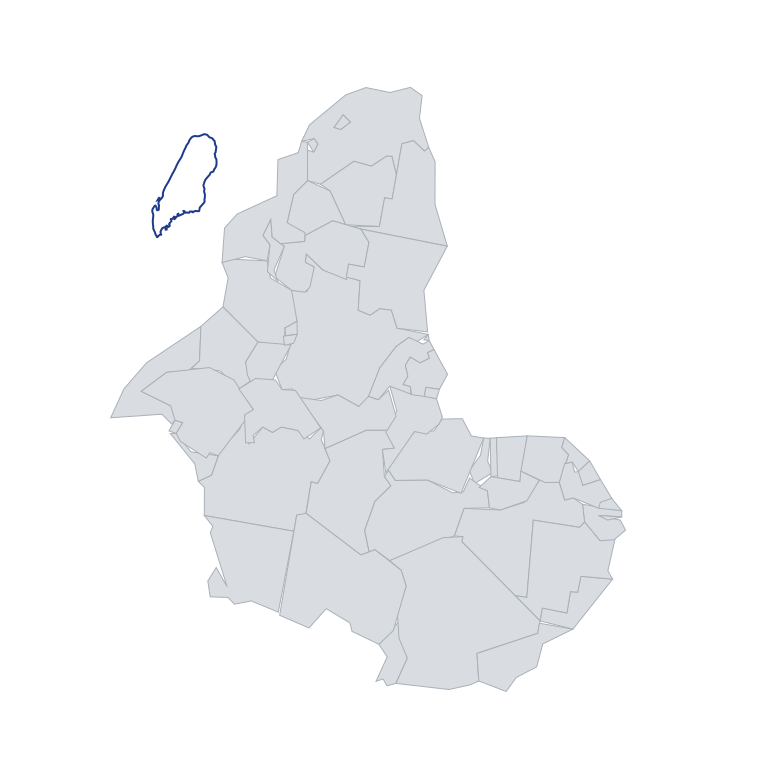 location of Madagascar within Africa, rotated 190°
{"feature_id": "MDG", "entity_name": "Madagascar", "entity_type": "country or territory", "adm_level": 0, "iso_a3": "MDG", "parent_name": "Africa", "parent_adm1": "", "projection": "mercator", "projection_center": [46.989, -18.825], "detail": "fine", "context": "in_parent", "style": "outline", "palette": "blue", "viewbox_px": 768, "rotation_deg": 190, "n_neighbors": 49, "source": "natural_earth", "source_scale": "50m", "svg_char_len": 13402}
<svg xmlns="http://www.w3.org/2000/svg" viewBox="0 0 768 768"><g transform="rotate(190 384 384)"><path d="M515.4,403.4L556.0,432.0L555.9,461.3L564.6,475.6L558.5,480.1L520.5,485.0L514.2,468.6L491.2,460.2L482.6,446.2L480.5,430.6L491.3,421.9L488.8,404.8L515.4,403.4Z" fill="#d9dde1" stroke="#a8b0b8" stroke-width="1"/><path d="M189.2,177.8L189.2,190.8L164.1,190.3L164.3,211.9L157.1,212.6L156.7,228.8L125.0,231.5L155.4,175.4L189.2,177.8Z" fill="#d9dde1" stroke="#a8b0b8" stroke-width="1"/><path d="M480.5,430.6L491.2,460.2L475.9,461.7L473.1,487.1L482.6,490.1L483.2,498.6L463.8,485.6L425.5,481.6L422.2,452.1L409.6,449.4L401.4,457.5L389.6,458.1L380.8,441.2L349.1,440.5L359.9,430.6L367.5,434.2L378.4,423.2L390.9,399.4L397.8,363.9L404.9,357.5L427.4,365.2L452.2,355.8L465.4,356.0L473.5,363.2L483.4,360.8L494.5,379.2L484.6,391.5L480.5,430.6Z" fill="#d9dde1" stroke="#a8b0b8" stroke-width="1"/><path d="M574.3,409.0L569.7,374.8L578.5,363.6L600.2,357.7L621.8,334.6L590.3,325.5L581.7,314.7L586.2,307.7L597.5,315.7L647.3,303.3L639.3,334.0L621.4,363.8L574.3,409.0Z" fill="#d9dde1" stroke="#a8b0b8" stroke-width="1"/><path d="M556.0,432.0L515.4,403.4L524.1,381.5L516.2,363.5L526.1,353.9L547.8,368.5L576.4,366.1L569.7,374.8L574.3,409.0L556.0,432.0Z" fill="#d9dde1" stroke="#a8b0b8" stroke-width="1"/><path d="M443.9,332.9L438.1,329.5L435.4,327.2L436.2,318.4L423.8,298.9L432.1,274.5L438.7,275.0L438.4,239.7L447.2,239.7L447.2,223.3L538.1,223.3L542.9,250.9L550.0,255.9L538.0,264.3L533.6,291.2L518.2,314.2L516.0,329.3L506.6,301.6L495.9,320.6L485.5,316.9L477.6,323.8L460.7,323.3L447.8,317.0L438.7,329.8L443.9,332.9Z" fill="#d9dde1" stroke="#a8b0b8" stroke-width="1"/><path d="M438.3,243.1L438.7,275.0L432.1,274.5L423.8,298.9L430.9,310.2L393.4,335.5L372.8,339.1L362.6,322.6L374.2,319.3L367.6,293.1L359.5,284.9L372.5,266.9L377.6,236.5L369.5,216.1L377.2,211.6L438.3,243.1Z" fill="#d9dde1" stroke="#a8b0b8" stroke-width="1"/><path d="M381.0,624.7L384.6,620.4L397.2,628.8L408.1,623.7L408.1,592.0L415.8,609.6L421.2,608.7L434.3,596.3L452.3,598.1L481.2,569.7L494.7,571.0L500.3,588.7L499.6,601.1L493.5,600.2L490.8,608.8L495.4,613.5L507.2,608.8L502.4,626.2L471.9,662.1L453.2,672.8L428.7,672.1L409.5,680.7L396.5,674.6L395.3,652.0L381.0,624.7ZM477.7,628.0L470.8,627.1L462.6,636.1L471.0,642.0L477.7,628.0Z" fill="#d9dde1" stroke="#a8b0b8" stroke-width="1"/><path d="M477.7,628.0L471.0,642.0L462.6,636.1L470.8,627.1L477.7,628.0Z" fill="#d9dde1" stroke="#a8b0b8" stroke-width="1"/><path d="M494.7,571.0L470.4,564.7L449.3,534.2L462.9,535.8L487.6,516.4L507.4,526.0L505.9,555.0L494.7,571.0Z" fill="#d9dde1" stroke="#a8b0b8" stroke-width="1"/><path d="M481.2,569.7L452.3,598.1L434.3,596.3L421.2,608.7L415.8,609.6L408.1,592.0L408.1,567.7L415.7,567.4L415.9,538.3L449.3,534.2L470.4,564.7L481.2,569.7Z" fill="#d9dde1" stroke="#a8b0b8" stroke-width="1"/><path d="M408.1,567.7L408.1,623.7L397.2,628.8L384.6,620.4L381.0,624.7L372.3,611.8L365.0,569.8L345.6,530.7L447.8,532.9L415.9,538.3L415.7,567.4L408.1,567.7Z" fill="#d9dde1" stroke="#a8b0b8" stroke-width="1"/><path d="M127.7,291.0L120.7,282.0L132.3,268.3L144.1,267.1L162.5,282.9L167.6,300.0L128.0,300.5L126.7,294.5L149.7,291.7L127.7,291.0Z" fill="#d9dde1" stroke="#a8b0b8" stroke-width="1"/><path d="M167.6,300.0L162.5,282.9L166.4,276.8L213.3,275.9L206.3,198.6L218.0,198.4L279.9,242.2L279.9,247.4L288.4,246.6L283.6,275.4L247.6,280.1L225.1,291.9L214.4,316.2L194.2,317.5L185.8,301.1L177.9,304.7L167.6,300.0Z" fill="#d9dde1" stroke="#a8b0b8" stroke-width="1"/><path d="M125.0,231.5L156.7,228.8L157.1,212.6L164.3,211.9L164.1,190.3L189.2,190.8L189.2,177.8L218.0,198.4L206.3,198.6L213.3,275.9L166.4,276.8L162.5,282.9L144.1,267.1L129.6,270.8L131.1,238.9L125.0,231.5Z" fill="#d9dde1" stroke="#a8b0b8" stroke-width="1"/><path d="M276.4,348.1L270.0,349.0L268.5,325.9L261.7,315.5L277.6,301.7L284.8,313.4L276.6,330.7L276.4,348.1Z" fill="#d9dde1" stroke="#a8b0b8" stroke-width="1"/><path d="M369.5,216.1L377.6,236.5L372.5,266.9L359.5,284.9L367.6,293.1L364.4,299.7L356.0,291.0L324.8,297.0L297.4,288.8L287.2,291.5L283.4,306.2L263.6,296.8L258.6,280.4L283.6,275.4L288.4,246.6L347.7,211.1L364.1,219.2L369.5,216.1Z" fill="#d9dde1" stroke="#a8b0b8" stroke-width="1"/><path d="M276.4,348.1L289.2,289.8L324.8,297.0L356.0,291.0L367.4,302.8L345.7,342.5L326.5,346.6L320.9,359.5L300.9,363.4L288.9,348.0L276.4,348.1Z" fill="#d9dde1" stroke="#a8b0b8" stroke-width="1"/><path d="M366.8,296.8L374.2,319.3L362.6,322.6L374.0,337.0L366.7,359.8L377.9,382.9L329.7,378.6L320.8,361.6L322.8,354.1L333.3,342.1L345.7,342.5L366.8,296.8Z" fill="#d9dde1" stroke="#a8b0b8" stroke-width="1"/><path d="M262.6,311.3L270.0,349.0L263.9,350.6L255.4,313.6L262.6,311.3Z" fill="#d9dde1" stroke="#a8b0b8" stroke-width="1"/><path d="M255.9,311.2L263.9,350.6L233.9,357.8L233.2,311.6L255.9,311.2Z" fill="#d9dde1" stroke="#a8b0b8" stroke-width="1"/><path d="M194.2,317.5L208.2,315.0L234.1,321.9L233.9,357.8L196.7,362.6L197.8,352.3L189.9,346.5L194.2,317.5Z" fill="#d9dde1" stroke="#a8b0b8" stroke-width="1"/><path d="M150.8,298.9L177.9,304.7L185.8,301.1L194.2,317.5L192.3,337.0L185.2,339.9L181.0,330.4L175.3,331.9L170.6,318.8L154.3,327.6L139.9,311.0L150.8,298.9Z" fill="#d9dde1" stroke="#a8b0b8" stroke-width="1"/><path d="M128.0,300.5L150.8,298.9L150.5,305.0L139.9,311.0L128.0,300.5Z" fill="#d9dde1" stroke="#a8b0b8" stroke-width="1"/><path d="M191.1,337.1L189.9,346.5L197.8,352.3L196.7,362.6L168.1,344.0L177.4,331.5L185.2,339.9L191.1,337.1Z" fill="#d9dde1" stroke="#a8b0b8" stroke-width="1"/><path d="M154.3,327.6L170.6,318.8L177.4,331.5L168.1,344.0L154.3,327.6Z" fill="#d9dde1" stroke="#a8b0b8" stroke-width="1"/><path d="M214.4,316.2L223.0,293.9L247.6,280.1L258.6,280.4L263.6,296.8L272.4,298.6L262.6,311.3L233.2,311.6L234.1,321.9L214.4,316.2Z" fill="#d9dde1" stroke="#a8b0b8" stroke-width="1"/><path d="M465.4,356.0L442.7,356.9L427.4,365.2L404.9,357.5L397.1,369.2L387.0,367.5L378.4,378.7L366.5,354.3L372.8,339.1L393.4,335.5L430.9,310.2L435.4,327.2L465.4,356.0Z" fill="#d9dde1" stroke="#a8b0b8" stroke-width="1"/><path d="M397.1,369.2L390.9,399.4L378.4,423.2L367.5,434.2L352.4,430.1L347.0,434.7L340.7,426.6L346.6,422.4L343.7,417.3L352.1,411.0L362.9,415.0L366.2,406.3L361.8,395.8L365.1,386.9L357.5,386.0L355.9,378.7L377.9,382.9L387.0,367.5L397.1,369.2Z" fill="#d9dde1" stroke="#a8b0b8" stroke-width="1"/><path d="M342.1,378.8L355.0,378.3L357.5,386.0L365.1,386.9L361.8,395.8L366.2,406.3L362.9,415.0L352.1,411.0L343.7,417.3L346.6,422.4L340.7,426.6L323.1,404.6L328.5,388.4L342.2,388.0L342.1,378.8Z" fill="#d9dde1" stroke="#a8b0b8" stroke-width="1"/><path d="M329.7,378.6L342.1,378.8L342.2,388.0L328.5,388.4L329.7,378.6Z" fill="#d9dde1" stroke="#a8b0b8" stroke-width="1"/><path d="M491.2,460.2L510.3,470.6L506.1,502.2L510.2,504.2L486.9,510.7L487.6,516.4L462.9,535.8L433.6,532.5L423.4,520.9L423.8,495.8L439.7,495.9L438.9,480.3L463.8,485.6L483.2,498.6L482.6,490.1L473.1,487.1L473.7,466.6L477.9,460.7L491.2,460.2Z" fill="#d9dde1" stroke="#a8b0b8" stroke-width="1"/><path d="M506.7,467.1L518.3,474.3L520.5,501.1L529.1,509.3L524.1,526.7L519.7,509.3L506.1,502.2L512.2,477.2L506.7,467.1Z" fill="#d9dde1" stroke="#a8b0b8" stroke-width="1"/><path d="M520.5,485.0L542.8,485.3L564.6,475.6L568.1,509.9L558.0,526.0L522.2,550.8L527.4,586.6L508.6,597.0L507.2,608.8L501.4,608.8L494.7,571.0L505.9,555.0L507.4,526.0L488.1,519.3L486.9,510.7L510.2,504.2L519.7,509.3L524.1,526.7L529.1,509.3L520.5,501.1L520.5,485.0Z" fill="#d9dde1" stroke="#a8b0b8" stroke-width="1"/><path d="M501.4,608.8L495.4,613.5L490.8,608.8L493.5,600.2L501.4,608.8Z" fill="#d9dde1" stroke="#a8b0b8" stroke-width="1"/><path d="M347.0,434.7L352.5,434.4L349.1,440.5L347.0,434.7ZM350.1,442.9L380.8,441.2L389.6,458.1L401.4,457.5L409.6,449.4L422.2,452.1L425.5,481.6L439.7,482.7L439.7,495.9L423.8,495.8L423.4,520.9L433.6,532.5L345.6,530.7L361.0,483.2L350.1,442.9Z" fill="#d9dde1" stroke="#a8b0b8" stroke-width="1"/><path d="M489.1,414.6L491.3,421.9L480.5,430.6L478.1,417.9L489.1,414.6Z" fill="#d9dde1" stroke="#a8b0b8" stroke-width="1"/><path d="M126.7,294.5L140.2,288.8L149.7,291.7L126.7,294.5Z" fill="#d9dde1" stroke="#a8b0b8" stroke-width="1"/><path d="M328.4,152.3L313.4,118.0L320.3,91.2L328.6,87.3L333.7,93.3L340.2,89.8L333.5,115.8L343.8,126.8L328.4,152.3Z" fill="#d9dde1" stroke="#a8b0b8" stroke-width="1"/><path d="M189.2,177.8L189.3,165.2L245.7,134.8L239.1,108.0L246.5,102.9L267.0,94.4L320.3,91.2L313.4,118.0L325.1,136.2L330.9,160.1L327.1,188.9L334.7,203.5L347.7,211.1L299.2,242.9L279.9,247.4L279.9,242.2L189.2,177.8Z" fill="#d9dde1" stroke="#a8b0b8" stroke-width="1"/><path d="M534.8,284.5L538.0,264.3L550.0,255.9L556.5,272.5L585.7,298.0L580.2,299.3L562.3,283.7L534.8,284.5Z" fill="#d9dde1" stroke="#a8b0b8" stroke-width="1"/><path d="M155.4,175.4L182.5,155.6L184.5,132.0L202.8,117.9L210.3,102.4L239.1,108.0L245.7,134.8L189.3,165.2L189.4,175.4L155.4,175.4Z" fill="#d9dde1" stroke="#a8b0b8" stroke-width="1"/><path d="M538.1,223.3L447.2,223.3L448.5,141.0L477.2,147.3L493.0,141.2L500.6,146.7L518.2,144.2L523.3,159.4L517.4,174.1L503.3,157.1L529.2,207.3L527.9,214.1L538.1,223.3Z" fill="#d9dde1" stroke="#a8b0b8" stroke-width="1"/><path d="M446.6,138.1L447.2,239.7L438.3,243.1L377.2,211.6L364.1,219.2L334.7,203.5L327.1,188.9L332.0,142.8L343.8,126.8L372.5,134.8L376.1,142.8L401.9,152.7L415.5,130.7L446.6,138.1Z" fill="#d9dde1" stroke="#a8b0b8" stroke-width="1"/><path d="M621.8,334.6L600.2,357.7L558.8,369.9L532.7,362.0L508.2,336.3L534.8,284.5L543.7,286.1L546.1,280.2L574.4,292.1L580.2,299.3L575.6,310.9L583.4,311.9L590.3,325.5L621.8,334.6Z" fill="#d9dde1" stroke="#a8b0b8" stroke-width="1"/><path d="M580.2,299.3L587.6,300.5L583.4,311.9L575.6,310.9L580.2,299.3Z" fill="#d9dde1" stroke="#a8b0b8" stroke-width="1"/><path d="M515.4,403.4L482.3,406.4L495.1,367.1L516.2,363.5L519.9,368.9L524.1,381.5L515.4,403.4Z" fill="#d9dde1" stroke="#a8b0b8" stroke-width="1"/><path d="M488.8,404.8L491.4,413.6L478.1,417.9L480.1,408.5L488.8,404.8Z" fill="#d9dde1" stroke="#a8b0b8" stroke-width="1"/><path d="M491.9,369.2L483.4,360.8L470.1,362.3L438.7,329.8L453.3,315.9L460.7,323.3L477.6,323.8L485.5,316.9L495.9,320.6L503.9,310.7L501.4,303.7L510.1,302.1L516.0,329.3L508.2,336.3L526.1,353.9L511.5,367.1L491.9,369.2Z" fill="#d9dde1" stroke="#a8b0b8" stroke-width="1"/><path d="M635.2,492.1L635.6,492.9L636.0,493.7L637.3,495.6L637.8,496.3L638.3,497.1L638.5,498.7L639.3,501.1L640.1,504.7L640.3,508.5L640.5,510.2L641.1,511.8L642.1,513.5L642.4,515.4L641.8,517.3L641.0,519.2L640.8,519.5L640.3,520.0L640.2,520.0L639.5,519.5L638.9,518.7L638.2,516.9L637.9,516.0L637.6,515.8L636.8,515.9L636.2,516.5L636.1,516.8L636.2,517.9L636.4,518.8L636.5,519.7L636.5,520.9L636.8,521.3L637.1,521.6L637.5,522.3L637.5,524.2L637.3,525.1L636.7,525.9L636.7,526.3L637.0,526.8L636.8,527.1L636.0,527.4L635.6,527.7L635.2,528.5L634.5,530.2L634.4,531.1L634.9,533.7L634.7,535.5L633.9,539.0L633.4,540.7L632.6,542.7L631.5,545.4L630.5,548.7L629.5,552.1L628.9,554.2L628.1,556.3L627.0,559.9L626.1,563.6L624.8,567.6L622.9,572.2L622.7,572.8L622.3,575.1L621.9,577.1L621.4,579.2L620.4,582.5L620.3,583.5L620.0,584.5L619.0,586.6L618.6,587.4L618.3,588.2L618.2,589.3L617.9,590.3L617.1,592.2L616.0,593.8L615.3,594.4L613.7,595.3L612.9,595.4L611.1,595.5L609.3,595.9L607.5,596.9L605.7,598.0L605.1,598.5L604.3,598.8L602.0,598.8L601.3,598.6L599.0,596.8L598.1,596.5L596.4,596.3L595.9,596.1L595.4,595.9L594.7,595.0L593.4,594.2L593.1,594.0L592.9,593.4L592.7,592.8L592.4,592.2L592.1,591.0L591.6,590.1L590.4,588.6L590.3,588.1L590.2,586.5L590.2,585.4L590.1,583.4L590.2,582.5L590.7,581.6L590.5,580.7L590.0,579.8L589.8,578.8L589.5,577.9L588.2,576.3L587.9,575.5L587.7,574.7L587.2,572.1L587.1,571.2L587.2,569.3L587.4,568.4L587.7,567.7L587.8,567.2L588.0,566.8L588.3,566.4L588.5,566.0L589.0,563.6L589.6,563.1L590.5,562.8L591.3,562.2L591.7,561.3L592.1,559.6L593.3,557.9L593.7,557.0L594.6,555.6L595.5,553.7L595.7,552.8L595.9,551.9L596.1,549.9L596.3,548.9L596.2,547.9L595.7,546.8L594.6,545.0L594.6,544.7L594.7,543.3L594.6,542.3L594.2,541.3L593.6,540.4L593.1,538.6L592.8,535.8L592.9,534.7L592.7,533.8L592.4,532.9L592.6,531.4L596.0,525.9L596.1,525.3L596.0,523.6L596.1,522.6L596.2,522.2L596.4,522.0L597.0,521.9L599.8,521.7L600.1,521.5L600.8,521.1L601.7,520.2L602.2,519.9L602.5,520.0L602.8,520.4L603.1,520.6L604.2,520.2L604.6,520.2L605.0,520.2L605.2,519.9L605.4,519.4L605.5,519.0L605.8,518.8L607.2,518.7L608.1,518.6L609.3,518.2L609.6,518.3L610.5,519.5L610.8,519.6L611.2,519.7L611.5,519.5L610.7,518.8L610.6,518.4L610.6,518.0L611.1,517.1L611.7,516.4L613.3,515.4L614.9,514.2L615.3,514.1L615.7,514.3L616.0,515.7L616.0,515.9L616.2,516.0L616.5,515.8L616.8,515.2L616.8,514.7L616.6,514.3L616.5,513.9L616.5,513.5L617.3,512.7L617.9,511.9L618.2,510.9L618.5,510.5L619.1,510.0L619.3,510.1L619.5,510.5L619.6,510.9L619.4,511.3L619.2,511.7L619.1,512.3L619.4,512.4L619.8,512.3L620.3,511.3L620.9,510.3L621.3,509.8L621.7,509.5L622.4,509.5L623.2,509.7L622.0,508.7L621.7,507.4L623.1,505.0L623.1,504.5L623.3,504.3L623.4,504.1L622.7,503.3L622.5,502.9L622.6,502.3L623.0,501.8L623.3,501.4L623.7,501.2L624.1,501.5L624.9,502.1L625.4,502.2L626.0,501.6L626.5,500.8L627.3,500.2L628.2,499.9L629.5,498.7L630.4,496.0L630.5,495.3L630.3,494.4L630.0,493.5L629.4,492.4L629.6,492.2L630.3,492.3L630.6,492.1L631.4,491.2L632.7,489.3L633.1,489.3L633.5,489.7L633.6,490.2L633.9,490.6L634.8,491.4L635.2,492.1ZM626.0,499.4L626.1,499.7L625.0,499.6L624.9,498.6L625.4,498.6L625.5,498.2L625.8,498.1L626.1,499.0L626.0,499.4ZM638.3,527.5L637.4,529.0L637.6,527.7L638.6,526.0L638.9,525.8L638.3,527.5Z" fill="none" stroke="#1e3a8a" stroke-width="2"/></g></svg>